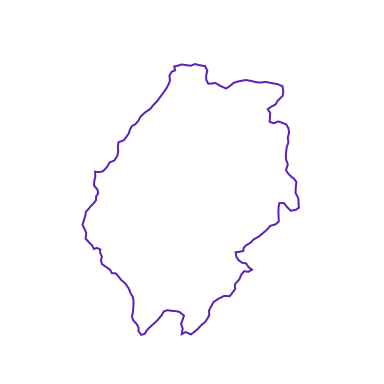 Silvianópolis, Minas Gerais, Brazil (orthographic projection), rotated 313°
{"feature_id": "56859067B54636857626942", "entity_name": "Silvianópolis", "entity_type": "district", "adm_level": 2, "iso_a3": "BRA", "parent_name": "Brazil", "parent_adm1": "Minas Gerais", "projection": "orthographic", "projection_center": [-45.809, -22.036], "detail": "fine", "context": "isolated", "style": "outline", "palette": "violet", "viewbox_px": 384, "rotation_deg": 313, "n_neighbors": 0, "source": "geoboundaries", "source_scale": "gbopen_adm2", "svg_char_len": 2505}
<svg xmlns="http://www.w3.org/2000/svg" viewBox="0 0 384 384"><g transform="rotate(313 192 192)"><path d="M288.8,140.1L287.7,134.7L284.6,132.3L282.3,130.0L283.7,126.0L286.8,122.9L291.1,120.5L293.0,115.8L289.9,111.1L287.5,106.8L283.6,105.1L280.9,101.3L278.1,97.4L274.8,95.5L271.7,93.4L269.4,96.7L266.1,95.1L261.7,96.1L258.5,99.9L255.0,101.3L251.4,102.4L246.3,103.2L240.9,103.8L235.2,104.5L229.1,104.5L224.2,104.8L218.2,103.4L212.1,102.9L207.2,104.3L203.0,104.3L199.1,103.1L195.1,104.2L191.7,105.8L187.5,106.4L183.2,106.8L178.3,104.3L174.7,106.8L171.5,110.2L167.6,112.7L162.1,113.7L157.5,111.6L153.1,112.6L149.6,112.9L146.1,112.6L143.2,110.5L140.7,107.3L137.4,110.7L133.6,112.9L129.9,115.9L129.3,121.2L127.0,124.4L123.5,124.8L120.7,127.3L116.6,127.8L112.4,127.6L108.7,128.0L105.4,127.8L101.8,130.2L97.3,132.3L93.1,134.5L91.7,138.6L90.0,142.5L85.3,146.0L84.9,150.8L84.9,155.0L83.4,159.1L86.3,160.6L87.4,164.0L84.8,166.4L83.4,170.2L80.0,171.9L77.9,175.2L78.7,181.0L79.2,185.4L78.0,188.6L80.5,191.9L80.1,195.5L79.4,200.2L79.6,205.5L78.4,211.2L76.1,216.1L74.7,220.8L72.0,224.0L69.0,226.6L64.5,230.3L59.8,233.2L58.1,236.4L57.7,241.6L56.3,245.5L53.7,247.8L52.9,252.3L56.1,254.2L60.1,253.3L63.6,253.3L69.1,253.8L74.1,254.2L78.1,254.0L81.7,253.8L85.2,252.8L88.6,254.5L90.9,257.7L93.0,260.3L95.7,264.3L96.1,270.5L92.2,272.3L88.2,273.8L85.7,278.3L81.1,281.4L85.2,282.8L87.0,288.3L90.4,288.9L95.1,289.6L101.7,289.6L105.9,290.3L109.8,289.6L113.5,288.8L116.8,285.3L121.5,284.0L126.3,282.8L132.4,284.3L137.9,286.4L141.5,290.6L145.6,290.3L150.5,289.7L153.5,286.4L157.1,286.2L160.4,286.2L164.8,284.5L169.6,284.1L172.0,287.6L176.1,288.8L175.6,284.7L176.7,280.2L174.5,277.2L173.9,272.7L174.7,268.9L177.7,265.0L181.1,267.8L183.9,269.7L186.7,267.8L190.4,268.0L194.6,269.4L199.3,269.4L204.9,271.2L209.9,271.9L215.2,272.5L220.6,272.3L225.2,275.1L229.6,275.6L232.5,272.7L235.7,269.4L239.7,265.9L243.3,263.4L246.6,266.7L245.8,271.9L245.7,277.0L249.7,280.0L253.5,280.9L255.8,278.3L260.0,274.0L261.9,268.4L266.3,264.6L270.5,261.5L271.3,257.7L270.9,254.2L271.1,249.7L272.0,245.9L277.5,243.3L280.1,238.3L283.1,235.4L286.2,233.0L289.3,230.7L293.8,228.8L297.4,224.7L301.4,222.7L304.3,219.3L305.7,214.8L302.6,207.1L297.9,204.8L296.3,200.9L303.1,195.3L304.2,190.9L308.8,191.9L313.0,193.4L316.6,192.5L324.1,192.7L327.3,190.7L331.1,186.1L329.2,180.9L326.3,176.6L322.7,170.7L319.1,167.8L316.0,164.0L313.7,159.8L310.6,155.0L305.0,150.8L300.2,148.0L295.7,147.5L291.0,146.4L288.8,140.1Z" fill="none" stroke="#5b21b6" stroke-width="2"/></g></svg>